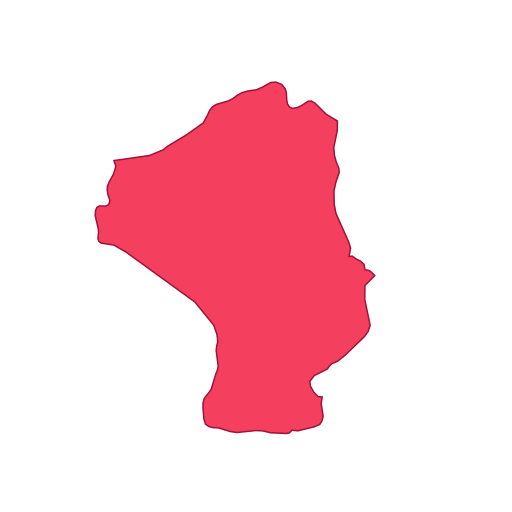 outline of Covasna, rotated 227°
{"feature_id": "ROU-306", "entity_name": "Covasna", "entity_type": "County", "adm_level": 1, "iso_a3": "ROU", "parent_name": "Romania", "parent_adm1": "", "projection": "equal_earth", "projection_center": [25.978, 45.929], "detail": "fine", "context": "isolated", "style": "filled", "palette": "rose", "viewbox_px": 512, "rotation_deg": 227, "n_neighbors": 0, "source": "natural_earth", "source_scale": "10m", "svg_char_len": 1690}
<svg xmlns="http://www.w3.org/2000/svg" viewBox="0 0 512 512"><g transform="rotate(227 256 256)"><path d="M422.7,217.2L402.2,246.6L397.0,260.4L396.5,266.6L392.1,287.6L389.3,308.1L392.2,316.9L393.9,320.8L394.8,325.3L394.0,330.2L388.2,341.8L386.8,347.0L386.4,351.6L385.0,357.2L382.3,362.5L377.3,369.7L375.2,375.6L372.8,385.2L369.8,389.0L364.1,391.8L358.6,391.5L355.0,389.8L349.0,384.8L345.8,382.8L342.4,382.1L339.2,383.2L336.3,387.7L335.0,391.8L333.7,399.7L331.6,402.2L327.7,403.4L311.8,404.0L299.2,407.6L292.3,401.0L282.3,386.9L276.1,382.0L270.0,378.8L263.7,376.4L260.4,373.9L255.5,364.8L250.5,357.5L240.8,348.7L232.8,343.6L202.9,333.3L197.3,330.6L192.2,323.8L190.3,326.3L185.3,327.3L180.7,329.0L176.2,329.3L171.5,326.3L169.0,328.4L166.6,329.3L160.7,329.5L160.1,315.5L150.0,305.9L127.4,292.2L124.4,286.7L123.1,280.2L122.7,253.1L123.4,243.9L125.5,238.2L125.5,235.1L124.7,231.0L128.8,217.1L127.6,209.8L123.6,207.0L116.9,205.4L110.6,205.6L107.8,208.3L103.6,203.0L93.0,195.8L90.3,191.4L89.3,187.8L91.4,182.0L99.4,167.7L101.0,166.1L104.1,163.6L103.8,159.9L105.3,157.3L116.8,146.1L123.6,141.6L128.4,136.9L139.9,121.7L145.1,117.5L155.9,111.3L159.7,107.6L163.4,105.2L167.5,104.4L172.6,106.9L181.0,113.6L184.5,116.9L186.9,120.5L187.7,124.3L188.2,128.2L189.1,132.3L197.2,146.3L199.0,150.1L201.1,153.1L214.0,162.4L216.9,165.7L219.5,169.7L225.2,173.9L234.1,177.9L264.1,179.9L347.6,163.6L360.9,159.5L371.1,151.5L373.9,151.1L376.5,152.2L380.8,157.1L383.5,159.2L395.3,166.0L398.5,169.4L400.1,172.8L399.4,175.6L394.9,180.2L394.0,183.1L396.0,186.8L402.1,189.7L405.6,192.1L408.4,194.9L410.1,198.7L413.1,207.5L415.1,211.3L417.3,214.7L422.7,217.2Z" fill="#f43f5e" stroke="#9f1239" stroke-width="1.5"/></g></svg>